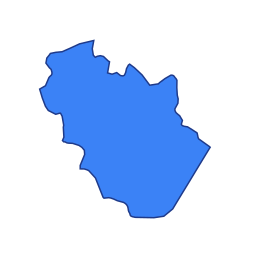 Santa Bárbara, Robinson projection, rotated 162°
{"feature_id": "HND-650", "entity_name": "Santa Bárbara", "entity_type": "Department", "adm_level": 1, "iso_a3": "HND", "parent_name": "Honduras", "parent_adm1": "", "projection": "robinson", "projection_center": [-88.343, 15.095], "detail": "fine", "context": "isolated", "style": "filled", "palette": "blue", "viewbox_px": 256, "rotation_deg": 162, "n_neighbors": 0, "source": "natural_earth", "source_scale": "10m", "svg_char_len": 1600}
<svg xmlns="http://www.w3.org/2000/svg" viewBox="0 0 256 256"><g transform="rotate(162 128 128)"><path d="M55.8,84.3L72.0,70.4L88.1,56.5L104.4,42.5L110.5,37.2L121.2,33.0L131.1,34.7L148.7,40.8L151.4,42.4L152.6,43.6L152.8,44.4L152.7,46.2L153.1,48.2L153.1,49.3L152.7,51.8L152.6,53.3L152.8,54.6L153.2,55.8L154.0,57.2L155.2,58.6L160.7,62.2L163.5,64.8L166.0,66.7L167.9,67.7L172.5,68.7L173.1,69.8L174.4,90.5L178.5,99.6L179.9,100.9L182.3,102.6L186.1,103.9L185.0,107.2L177.4,116.2L176.4,120.3L177.8,123.8L180.0,126.6L185.4,130.5L189.5,132.1L190.8,132.8L192.1,134.2L193.4,134.7L194.2,136.3L191.8,139.1L189.3,148.7L188.3,150.5L187.0,159.5L187.6,162.9L188.4,163.2L192.5,163.4L198.4,169.3L199.8,174.2L200.2,183.0L200.0,192.3L193.4,193.7L187.7,200.3L186.7,201.0L184.5,202.0L183.6,203.0L183.1,204.6L183.0,207.5L184.2,209.7L186.0,215.1L183.6,219.6L180.2,221.8L178.8,222.9L173.4,222.3L167.1,220.9L158.9,221.7L148.0,223.0L133.5,221.8L137.5,214.4L138.5,207.9L137.3,205.4L135.0,205.7L131.9,205.3L129.2,203.6L126.2,198.0L125.1,196.7L130.4,186.7L126.5,184.1L121.6,184.2L119.2,180.6L118.8,180.1L116.7,179.1L115.1,179.3L113.0,181.6L111.1,184.9L108.2,187.7L106.7,188.2L103.3,183.4L98.2,174.1L94.1,162.0L85.4,160.6L84.0,161.4L77.4,163.6L70.9,165.0L69.7,164.6L68.5,163.7L68.0,162.5L67.6,161.2L67.1,160.2L66.7,158.3L69.1,151.3L71.0,144.0L71.3,140.2L72.9,136.1L77.5,131.7L77.9,130.2L77.8,128.7L77.4,127.4L75.9,124.9L75.1,123.8L73.9,118.4L76.1,115.1L76.0,114.4L75.6,113.5L74.1,112.3L71.0,110.7L67.2,106.2L63.8,101.9L64.1,99.0L64.3,97.6L64.2,95.9L56.3,85.2L55.8,84.3Z" fill="#3b82f6" stroke="#1e3a8a" stroke-width="1.5"/></g></svg>